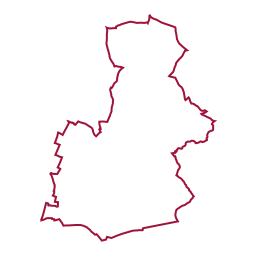 outline of Iclod, Cluj, Romania
{"feature_id": "2599482B98447640096119", "entity_name": "Iclod", "entity_type": "district", "adm_level": 2, "iso_a3": "ROU", "parent_name": "Romania", "parent_adm1": "Cluj", "projection": "natural_earth1", "projection_center": [23.813, 47.003], "detail": "fine", "context": "isolated", "style": "outline", "palette": "rose", "viewbox_px": 256, "rotation_deg": 0, "n_neighbors": 0, "source": "geoboundaries", "source_scale": "gbopen_adm2", "svg_char_len": 5748}
<svg xmlns="http://www.w3.org/2000/svg" viewBox="0 0 256 256"><path d="M177.9,221.4L176.6,218.9L176.2,218.4L175.4,215.8L175.4,214.6L175.8,211.8L176.2,210.4L176.7,209.6L177.8,208.7L182.0,205.9L185.0,204.9L185.9,204.3L186.6,203.6L187.8,202.9L189.5,202.1L190.1,201.5L190.5,200.3L190.9,199.8L191.3,199.2L192.5,198.2L193.2,196.7L193.7,196.4L190.9,192.4L190.6,191.7L189.1,190.4L189.0,189.2L188.4,188.4L187.2,187.5L186.6,186.9L186.3,186.4L186.2,185.2L185.0,184.1L184.7,183.5L184.5,182.8L184.2,182.1L182.9,180.7L182.5,180.1L180.9,178.4L178.7,177.2L178.1,176.6L178.0,176.3L176.4,175.4L177.0,174.0L177.9,170.6L178.5,169.5L179.1,168.8L179.8,167.5L179.9,166.9L179.8,166.4L179.2,164.9L178.8,164.2L178.1,163.7L177.6,163.3L176.8,161.6L176.7,161.0L176.3,160.3L176.2,159.6L175.7,159.0L175.7,157.9L175.4,156.7L175.2,156.3L174.5,156.5L172.0,153.3L175.1,152.8L175.2,152.7L175.3,152.2L175.0,151.5L175.2,151.2L175.5,151.1L175.9,151.3L176.0,152.0L176.6,151.4L176.3,150.5L176.9,149.9L177.2,149.8L177.5,149.4L177.5,149.0L178.0,148.7L178.2,148.3L179.4,148.2L181.2,148.8L182.0,148.6L182.2,148.4L182.4,147.3L182.6,146.9L183.2,146.5L184.5,146.1L185.2,145.5L185.6,144.7L185.7,144.3L185.7,143.2L185.9,142.8L186.3,142.3L187.4,141.7L188.2,141.6L190.0,141.6L191.8,140.7L192.9,140.8L193.6,141.0L194.7,141.6L195.4,142.4L195.5,142.9L195.7,143.1L195.9,143.2L198.0,142.8L198.7,142.5L200.2,141.6L200.8,141.4L201.3,141.5L202.1,142.0L202.4,142.1L203.7,141.8L205.1,141.1L205.5,140.6L206.5,140.4L206.8,140.3L207.0,139.9L206.9,139.2L206.6,138.6L206.6,138.0L207.4,137.2L207.5,136.8L207.3,136.2L207.2,135.4L207.3,134.5L207.9,133.2L208.6,132.1L209.1,131.7L210.7,130.9L212.6,130.4L213.0,130.0L213.1,129.3L213.2,128.4L213.1,127.6L213.2,126.6L213.2,125.5L212.8,125.0L211.9,124.3L211.9,124.1L212.2,123.4L213.0,122.3L214.6,121.1L213.8,121.0L212.9,120.6L212.8,120.4L211.9,120.0L211.4,119.6L210.8,118.7L210.5,118.5L206.5,116.7L205.7,116.2L201.7,114.4L201.3,113.9L204.9,112.7L205.7,112.2L206.7,111.5L204.7,110.2L204.0,110.7L203.4,110.8L202.0,110.8L201.1,110.4L200.4,109.8L197.5,106.2L196.6,106.0L194.9,104.7L194.3,104.4L194.2,104.2L193.7,104.0L192.8,103.6L191.4,103.6L190.7,102.4L190.6,102.0L190.1,101.1L189.7,99.3L189.2,98.8L189.2,98.2L188.6,97.4L185.5,100.1L185.2,99.7L184.9,99.0L184.7,97.8L184.4,95.5L184.1,94.1L184.0,93.1L183.7,91.8L183.2,90.7L183.0,89.9L182.7,89.1L181.6,87.2L180.0,86.0L179.3,85.4L178.4,84.2L177.6,82.4L175.3,77.7L174.6,77.6L169.7,76.4L169.1,76.1L173.0,72.1L173.4,71.5L174.7,67.2L175.7,65.2L175.8,64.1L175.9,63.7L176.0,63.7L176.3,62.8L176.9,61.9L179.3,59.1L181.9,56.5L182.8,55.1L183.3,53.9L184.7,51.3L184.9,50.8L187.1,50.3L183.4,47.3L179.2,43.5L178.1,41.6L177.7,40.6L177.0,39.2L176.9,38.7L176.6,36.1L176.1,33.2L175.5,30.7L175.6,30.2L175.6,28.7L175.3,27.5L175.2,27.3L174.7,27.2L173.7,26.7L161.7,22.6L159.0,21.1L156.6,19.7L154.0,18.9L151.9,17.8L151.0,17.2L149.9,15.4L149.7,15.4L149.4,15.7L149.4,17.7L149.2,19.5L147.8,23.2L147.3,22.5L146.9,22.4L145.7,22.7L145.1,22.9L143.7,22.9L141.0,22.7L136.9,22.9L131.6,21.8L130.2,21.8L129.1,22.0L123.1,23.7L121.0,24.4L119.6,25.1L118.2,25.4L116.1,26.6L116.1,27.6L116.0,28.2L114.3,28.1L110.1,28.5L108.8,28.2L107.7,28.2L106.7,27.7L107.1,28.8L107.2,30.1L107.2,31.3L107.0,32.5L106.8,35.5L106.9,36.5L106.8,40.2L106.5,42.7L106.5,44.4L106.9,45.4L107.4,47.7L107.7,49.0L108.4,50.8L108.4,51.3L108.8,52.8L109.4,54.8L109.7,57.4L110.0,58.3L111.8,61.5L113.3,63.5L114.5,66.5L115.0,66.4L115.9,66.0L118.0,66.6L121.0,67.0L123.0,67.7L122.6,68.1L121.6,68.5L121.0,69.4L119.7,70.7L119.2,71.4L118.1,73.9L117.8,74.7L117.9,75.4L117.5,76.1L117.0,79.9L116.7,81.3L114.2,83.4L112.8,86.3L112.0,87.6L111.7,87.9L111.1,87.5L110.7,87.9L110.3,88.9L110.2,89.7L110.3,90.5L110.6,91.9L111.0,93.0L111.3,94.6L111.3,95.9L112.3,97.8L113.1,99.7L113.1,100.5L112.9,101.1L112.9,103.3L111.7,107.7L111.5,111.4L110.5,113.8L110.1,115.2L109.5,116.9L109.3,117.0L107.3,121.9L102.6,121.5L99.3,121.7L99.3,122.9L99.7,125.7L100.4,127.6L100.1,128.0L99.9,128.4L100.0,128.5L100.5,128.5L100.7,129.2L100.6,129.3L99.4,129.6L100.7,132.2L99.4,132.7L98.9,133.4L97.9,134.4L96.1,136.3L94.6,134.9L93.8,133.6L93.2,131.9L93.0,131.3L93.0,130.5L92.5,129.1L92.2,128.5L91.3,127.5L90.5,127.1L85.3,123.7L80.3,122.3L78.2,121.4L75.4,124.8L74.8,124.7L74.3,124.5L74.1,124.2L74.0,123.5L73.4,123.0L72.7,123.0L72.4,122.6L71.6,122.7L71.4,122.5L70.8,122.5L68.9,121.5L68.2,121.3L68.3,121.5L69.2,122.0L69.0,122.6L68.8,123.3L66.0,128.6L64.2,131.8L62.7,134.9L59.1,132.9L58.1,132.5L57.1,137.1L56.6,138.2L56.3,139.3L54.8,143.0L56.5,143.5L57.8,144.2L59.7,144.8L55.4,154.9L57.7,155.7L59.3,156.6L62.0,157.3L60.1,162.4L57.7,167.5L59.2,168.2L60.3,169.0L58.3,172.2L57.4,173.9L55.9,174.0L55.2,173.8L54.5,174.0L52.2,173.6L51.0,173.0L50.7,173.3L50.4,173.9L51.4,175.3L51.9,176.6L53.0,179.8L53.2,180.9L53.3,181.4L53.9,183.1L53.9,183.3L54.2,183.7L54.7,185.1L54.7,185.4L54.5,185.5L54.7,186.6L54.2,190.1L54.0,190.3L54.0,190.5L53.9,190.7L54.1,190.7L54.2,190.9L54.3,192.3L53.8,194.0L52.9,195.6L54.4,196.3L56.0,196.8L54.9,201.9L55.2,202.0L58.0,202.1L57.8,206.5L56.6,206.7L55.1,205.9L53.9,205.9L52.2,205.7L50.9,205.6L50.1,205.3L48.5,205.5L48.2,205.0L48.5,204.2L48.4,203.9L48.2,203.5L47.6,203.2L46.6,203.2L46.1,203.0L44.5,209.3L44.4,209.8L43.0,214.9L41.9,218.2L41.4,219.3L41.7,219.4L41.5,220.3L44.2,219.5L46.5,218.3L48.0,218.1L51.9,218.2L51.9,218.9L52.0,219.0L54.2,219.2L54.4,220.5L59.4,219.2L60.0,220.2L62.0,222.9L63.5,225.7L65.6,225.4L67.0,225.5L76.1,225.0L78.5,225.0L80.3,225.0L83.2,225.7L86.3,227.0L86.8,227.3L90.2,230.1L90.9,231.1L91.6,231.9L93.3,233.1L95.0,234.7L96.0,234.4L96.6,234.2L99.4,237.5L101.8,240.6L106.0,239.6L107.0,236.9L111.5,238.0L116.1,236.0L122.1,233.8L132.7,230.7L136.5,230.4L137.3,230.5L139.0,230.1L142.2,230.3L142.6,230.1L142.9,229.4L143.0,228.7L142.9,228.4L143.2,228.2L177.9,221.4Z" fill="none" stroke="#9f1239" stroke-width="2"/></svg>